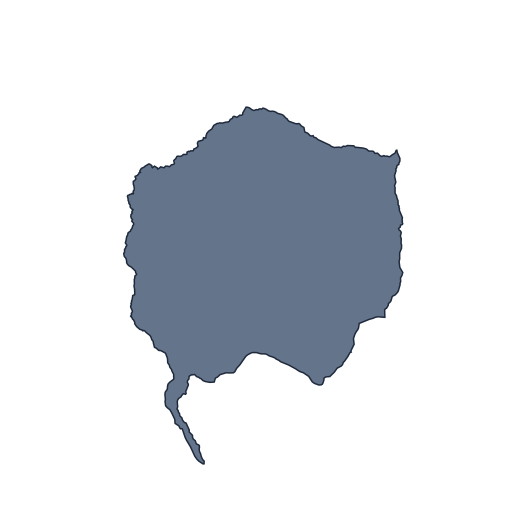 Almaguer, Cauca, Colombia, rotated 140°
{"feature_id": "7082276B90942286802218", "entity_name": "Almaguer", "entity_type": "district", "adm_level": 2, "iso_a3": "COL", "parent_name": "Colombia", "parent_adm1": "Cauca", "projection": "robinson", "projection_center": [-76.812, 1.912], "detail": "fine", "context": "isolated", "style": "filled", "palette": "slate", "viewbox_px": 512, "rotation_deg": 140, "n_neighbors": 0, "source": "geoboundaries", "source_scale": "gbopen_adm2", "svg_char_len": 6144}
<svg xmlns="http://www.w3.org/2000/svg" viewBox="0 0 512 512"><g transform="rotate(140 256 256)"><path d="M430.2,130.7L429.4,130.2L427.7,132.0L427.5,133.0L427.7,133.9L427.6,134.9L426.8,137.6L425.4,140.5L425.1,142.2L424.0,144.2L422.1,146.0L421.3,147.2L421.4,148.3L422.3,150.1L422.3,150.9L421.3,153.4L421.7,156.4L421.0,158.1L419.9,159.5L420.3,164.1L419.0,165.6L417.2,172.0L417.0,173.3L417.7,174.1L417.9,175.2L417.7,177.8L416.8,179.6L417.1,182.6L415.8,184.6L415.8,186.1L415.0,187.6L414.9,189.5L412.8,191.0L410.0,195.0L408.3,196.2L406.3,196.6L403.9,196.3L402.7,196.9L400.4,197.2L399.9,197.0L398.9,195.4L398.0,195.5L397.0,197.3L390.7,200.7L390.1,201.7L389.9,203.2L388.9,204.3L388.0,204.7L386.6,204.8L384.5,206.9L381.3,206.3L381.0,205.7L379.2,204.7L379.0,201.7L377.9,200.0L377.5,198.2L376.9,197.2L376.7,194.6L375.5,192.4L372.5,188.8L369.0,186.3L366.0,188.3L365.2,188.5L363.2,188.0L359.7,188.2L353.9,185.7L351.3,183.3L348.3,181.0L346.5,181.0L343.0,182.4L338.4,183.0L328.3,185.7L325.9,185.7L321.9,184.8L320.9,184.4L317.8,181.8L315.1,177.9L311.7,174.9L311.0,173.7L310.0,170.8L308.0,167.7L307.0,165.6L307.0,164.7L305.3,160.7L305.3,159.8L304.8,158.6L301.1,151.6L298.3,144.5L296.8,139.5L294.8,136.2L293.0,130.0L293.8,123.6L293.2,121.0L290.8,116.8L288.9,115.4L287.5,115.2L286.5,115.6L283.6,117.4L282.6,118.7L280.4,118.6L276.9,116.2L270.5,116.7L266.0,117.9L261.3,116.9L259.5,117.2L257.5,118.4L255.8,118.5L249.9,120.1L246.7,121.4L245.9,121.6L244.8,121.2L244.6,121.9L243.9,122.5L237.6,125.3L234.5,130.0L230.8,132.4L227.5,133.7L225.5,134.1L223.7,135.0L220.3,138.0L209.7,134.6L206.8,133.2L203.6,132.2L201.6,131.0L196.7,126.2L192.1,132.0L190.8,132.4L189.8,132.1L187.9,132.6L186.3,133.3L185.0,134.5L183.2,134.4L181.4,134.9L177.9,137.3L176.8,137.4L175.0,136.8L173.7,136.8L170.9,137.2L169.5,137.7L164.2,141.3L163.1,142.6L161.7,143.3L159.5,146.2L156.7,147.3L154.2,149.0L153.2,154.7L150.0,159.7L147.8,161.4L143.9,166.1L139.7,168.3L137.4,170.8L136.8,172.4L133.6,175.9L132.7,178.3L129.6,180.7L129.3,182.0L129.6,184.2L129.1,185.4L126.9,185.4L125.5,186.7L123.6,186.1L122.9,186.4L122.0,188.3L121.2,188.9L120.7,190.0L119.2,191.2L117.0,198.3L116.5,199.3L115.6,200.2L115.1,201.7L114.3,202.2L114.2,203.9L111.7,207.0L110.9,209.4L109.5,212.2L109.2,214.6L105.5,219.0L104.6,220.9L101.5,222.6L98.3,228.4L93.8,231.4L93.0,232.8L91.5,233.2L90.1,234.5L89.2,234.6L87.8,234.3L87.1,235.1L84.8,236.2L83.0,238.3L81.3,244.4L80.1,246.5L80.5,246.8L81.2,246.6L83.4,245.4L86.6,246.0L89.3,246.0L90.2,246.5L91.4,248.3L92.8,249.3L93.5,250.7L95.7,251.5L96.5,253.1L96.8,256.6L98.9,258.2L98.8,260.5L99.1,261.1L102.2,264.0L102.6,266.8L104.3,269.5L109.1,274.6L110.1,275.2L110.2,277.1L110.5,277.8L115.0,281.9L117.2,282.5L118.5,284.0L121.1,284.3L122.4,286.0L126.1,288.7L127.0,289.9L128.0,292.0L128.2,293.5L133.7,305.3L134.1,308.1L135.3,309.6L134.9,311.5L136.1,312.0L137.2,313.4L137.4,316.8L138.9,319.7L136.7,323.6L137.7,326.6L137.7,329.1L138.1,330.0L139.6,330.9L140.8,332.2L144.2,338.1L144.3,339.6L144.0,341.0L144.5,342.5L144.6,346.0L145.4,348.0L147.8,351.5L148.3,353.4L149.4,355.4L150.8,356.8L151.6,357.1L153.1,359.1L153.9,361.9L155.1,364.2L155.8,364.9L157.4,364.9L158.1,365.9L158.9,366.6L160.6,366.7L161.7,368.0L164.0,368.7L165.2,370.8L165.4,372.2L165.9,373.8L166.6,375.1L167.9,376.4L174.2,374.1L175.1,373.1L175.9,373.0L176.5,373.1L178.0,374.3L181.1,374.4L181.6,374.8L182.8,376.9L183.5,377.4L184.5,377.3L185.7,376.6L187.8,377.2L190.0,376.3L191.0,376.5L193.2,378.0L196.3,379.4L198.4,381.4L199.7,381.8L200.4,382.5L204.5,383.2L208.2,381.7L212.0,382.1L214.6,381.6L216.8,380.4L218.6,378.7L219.2,378.9L219.8,380.2L220.4,380.3L221.3,379.3L222.5,379.1L226.5,380.9L228.3,380.2L230.0,377.3L230.8,377.2L232.6,377.2L234.8,377.9L236.1,377.1L236.7,377.1L238.6,378.6L239.9,378.8L240.3,379.5L241.5,379.8L242.2,379.9L242.9,378.9L243.8,378.4L246.4,380.5L248.5,380.4L250.0,381.0L251.5,382.6L252.6,383.1L255.0,382.1L256.9,382.1L257.8,381.8L258.9,379.5L259.5,379.2L260.3,379.2L262.1,380.2L264.8,380.0L266.3,382.0L267.6,383.0L269.7,382.7L271.8,385.6L273.3,385.4L275.4,385.9L275.0,386.9L276.0,390.1L278.6,390.2L278.6,390.8L277.7,392.3L278.5,395.0L279.2,395.5L283.2,396.1L285.1,396.1L287.5,396.8L290.2,395.9L290.8,395.2L290.8,394.4L292.1,394.9L292.9,394.4L295.1,394.0L297.4,394.7L297.9,394.1L298.1,392.8L298.8,392.1L300.6,391.8L301.9,392.1L302.3,391.8L304.0,389.6L304.2,388.6L306.1,385.6L307.3,384.7L308.1,384.7L308.7,384.3L309.7,382.7L310.3,382.6L310.6,383.5L311.0,383.7L312.1,383.7L312.9,384.2L314.0,384.3L315.1,384.8L316.0,384.5L317.3,381.9L318.2,380.8L318.7,379.0L319.5,378.1L319.4,377.0L319.7,376.8L319.8,375.5L320.9,374.5L321.0,371.9L320.5,371.2L320.5,370.4L322.2,370.0L322.9,369.5L323.1,368.4L325.1,368.1L326.6,366.6L327.2,365.2L327.3,363.2L328.3,362.9L328.8,362.4L328.7,359.8L329.4,358.8L331.0,358.4L333.5,356.7L334.8,356.6L336.2,355.8L339.0,356.0L341.1,354.5L342.7,353.9L345.6,351.4L347.6,350.1L347.9,347.9L348.4,347.0L349.9,346.7L351.0,345.8L352.4,345.6L354.3,343.4L355.3,343.2L356.0,342.6L357.1,340.4L357.2,337.5L358.6,334.9L359.4,334.1L359.7,332.7L359.7,330.5L358.7,327.8L358.1,322.6L358.2,321.6L358.9,320.6L359.1,318.9L359.7,318.5L361.0,318.6L361.8,318.4L363.2,316.9L364.3,316.3L367.0,312.9L368.8,311.4L370.2,308.8L373.6,304.5L374.2,304.3L375.2,304.9L375.9,304.9L378.8,302.3L380.3,301.5L381.3,300.3L382.2,300.1L382.7,298.9L384.1,298.3L384.8,297.5L386.1,293.2L387.0,292.6L388.4,292.2L389.5,290.6L390.4,290.6L390.8,290.4L390.6,288.7L391.1,287.0L390.9,285.7L391.4,283.5L392.5,281.8L392.8,278.5L392.1,274.3L391.1,273.1L390.8,271.3L389.8,271.1L389.4,270.2L389.3,268.0L388.3,263.2L388.6,261.4L389.6,258.9L389.6,256.7L390.4,255.6L392.5,251.3L391.7,249.7L391.2,246.2L389.8,244.8L387.9,240.2L388.0,239.0L389.6,234.5L392.3,230.9L392.5,228.3L393.5,226.1L393.7,223.3L394.3,222.1L394.9,219.2L395.3,218.0L396.7,216.5L397.5,215.1L398.6,214.5L402.9,214.8L405.4,214.5L406.7,213.8L409.7,210.9L412.6,210.2L413.6,209.6L414.9,208.3L417.5,204.5L419.2,203.0L421.5,199.4L421.5,197.0L420.8,193.6L421.4,190.1L423.2,183.1L425.6,179.8L424.3,175.5L425.0,172.6L424.7,171.9L423.8,171.4L423.6,170.9L426.8,162.8L427.6,159.8L428.8,152.2L431.6,141.8L431.9,138.1L431.6,135.3L430.2,130.7Z" fill="#64748b" stroke="#1e293b" stroke-width="1.5"/></g></svg>